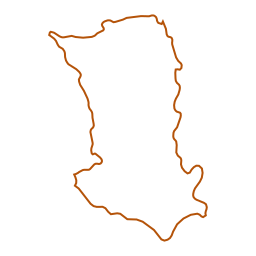 Deux-Sèvres, Albers equal-area conic projection
{"feature_id": "FRA-5285", "entity_name": "Deux-Sèvres", "entity_type": "Metropolitan department", "adm_level": 1, "iso_a3": "FRA", "parent_name": "France", "parent_adm1": "", "projection": "albers", "projection_center": [-0.346, 46.535], "detail": "fine", "context": "isolated", "style": "outline", "palette": "amber", "viewbox_px": 256, "rotation_deg": 0, "n_neighbors": 0, "source": "natural_earth", "source_scale": "10m", "svg_char_len": 2653}
<svg xmlns="http://www.w3.org/2000/svg" viewBox="0 0 256 256"><path d="M96.8,206.9L93.6,206.1L90.6,203.8L78.7,188.5L74.9,185.7L76.2,183.1L76.3,180.3L75.5,177.5L74.2,174.5L75.9,174.0L78.0,172.9L79.0,172.1L82.7,170.1L84.1,169.8L88.1,169.8L89.0,169.7L90.0,169.1L94.2,164.5L95.4,163.8L96.6,163.7L97.8,163.8L98.9,164.0L99.6,163.9L100.6,163.5L101.6,162.4L102.0,161.0L101.6,159.4L100.1,157.5L95.4,153.7L94.4,153.6L93.6,154.1L92.6,154.3L91.7,153.2L91.2,150.4L91.4,148.3L92.4,145.2L92.7,144.0L92.6,142.7L90.4,132.0L90.8,130.0L91.7,128.7L92.7,127.9L93.4,126.8L93.8,125.5L93.6,123.6L92.5,117.8L92.3,113.7L92.0,112.3L91.1,110.7L89.5,108.6L88.8,106.6L88.5,104.9L88.6,103.5L88.5,102.1L88.1,100.5L87.5,98.5L83.9,90.8L80.2,84.9L79.1,81.6L78.9,79.4L80.3,76.8L80.7,75.7L80.8,74.8L80.4,73.6L79.2,71.9L76.3,69.2L68.4,64.2L67.2,62.6L66.0,60.5L65.1,57.1L64.9,53.1L64.4,51.3L62.7,48.8L59.1,46.7L57.7,44.6L56.0,40.9L54.2,38.7L49.2,35.0L49.6,33.8L49.6,33.3L49.9,32.5L50.7,31.8L52.7,32.3L54.2,32.8L59.5,36.3L60.8,36.9L62.1,37.3L64.0,37.3L71.7,35.9L75.6,37.0L83.1,37.7L91.8,36.9L94.3,35.9L95.0,35.5L97.3,33.3L103.2,30.4L103.8,29.4L103.7,28.2L102.2,25.8L101.9,24.5L102.4,23.3L103.5,22.1L104.7,21.4L107.5,20.4L108.9,20.3L110.4,20.5L113.5,22.2L115.4,21.9L123.0,19.6L126.6,17.9L141.1,16.1L149.0,16.3L151.6,15.5L153.1,15.4L154.5,15.8L156.1,17.2L156.8,19.0L157.0,20.6L157.6,21.9L158.3,22.9L161.7,24.0L162.9,21.5L165.9,28.8L166.7,34.4L167.5,36.0L168.4,36.7L170.6,37.2L171.6,37.9L172.3,39.5L172.3,41.0L172.1,42.6L172.2,44.4L176.1,57.4L178.2,60.9L181.0,63.5L181.7,65.1L181.4,68.0L179.8,69.7L177.6,69.3L175.7,69.5L175.3,72.8L175.5,78.2L175.8,80.8L176.9,82.8L179.0,84.7L179.7,86.0L179.9,87.9L179.6,90.0L178.3,94.5L175.9,98.7L174.7,101.7L174.1,105.1L174.4,108.4L175.0,109.7L175.8,110.8L176.7,111.6L180.0,112.7L180.7,113.7L180.8,115.7L180.5,117.4L177.1,127.3L174.1,131.1L173.5,132.8L173.3,135.4L173.3,136.8L173.6,138.0L174.2,139.1L175.6,140.6L176.2,141.5L176.7,145.1L176.3,152.5L177.8,155.6L180.5,157.9L181.1,159.1L181.3,160.4L181.0,164.4L182.0,167.7L184.6,171.2L187.5,173.4L189.8,172.6L191.6,169.6L193.8,167.2L196.3,165.7L199.0,165.8L201.9,168.5L202.6,172.9L201.8,177.7L199.9,181.6L195.0,188.4L193.8,191.2L193.2,194.0L193.2,195.6L193.5,196.9L194.7,198.5L196.4,199.7L204.1,202.9L206.0,204.3L206.8,207.2L206.5,209.2L205.8,211.2L205.4,213.2L205.8,215.4L203.1,217.1L201.4,216.4L199.7,214.7L197.3,213.7L190.8,214.8L183.5,218.5L177.1,224.3L173.1,231.6L171.7,235.4L170.0,238.0L167.6,239.7L164.4,240.6L161.4,239.4L154.0,230.0L142.7,221.7L136.6,219.5L127.3,219.2L120.3,213.8L117.2,213.3L110.9,214.2L108.2,211.8L105.4,208.2L102.6,206.8L96.8,206.9Z" fill="none" stroke="#b45309" stroke-width="2"/></svg>